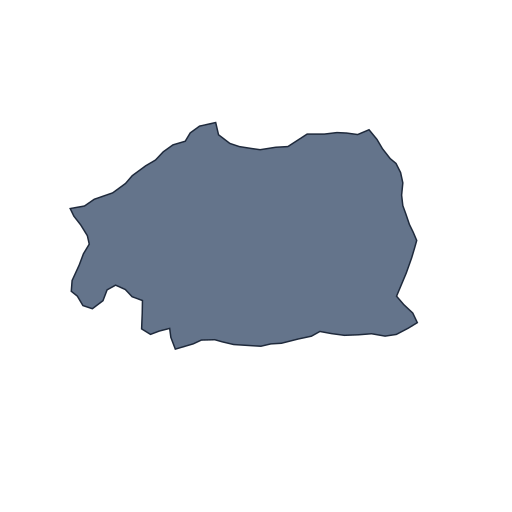 outline of Balbinos, São Paulo, Brazil, rotated 52°
{"feature_id": "56859067B19788452853762", "entity_name": "Balbinos", "entity_type": "district", "adm_level": 2, "iso_a3": "BRA", "parent_name": "Brazil", "parent_adm1": "São Paulo", "projection": "robinson", "projection_center": [-49.333, -21.895], "detail": "fine", "context": "isolated", "style": "filled", "palette": "slate", "viewbox_px": 512, "rotation_deg": 52, "n_neighbors": 0, "source": "geoboundaries", "source_scale": "gbopen_adm2", "svg_char_len": 1243}
<svg xmlns="http://www.w3.org/2000/svg" viewBox="0 0 512 512"><g transform="rotate(52 256 256)"><path d="M362.0,148.2L353.3,134.5L347.4,126.2L342.7,119.8L334.1,117.5L325.6,115.7L315.0,112.0L306.7,109.3L297.7,103.8L288.8,95.3L279.3,90.7L269.3,88.7L261.9,90.3L249.3,90.3L238.6,88.9L226.1,89.2L222.9,101.1L214.9,108.9L208.6,116.2L202.0,127.1L191.4,140.7L189.4,163.5L182.4,173.6L174.8,187.3L168.8,193.1L159.5,201.8L151.2,207.3L137.4,210.9L126.0,205.6L118.9,220.5L118.5,232.0L122.0,241.1L117.3,253.0L116.8,264.9L118.5,276.1L117.0,287.4L116.5,304.0L118.5,314.1L118.0,330.1L111.7,348.5L111.0,360.4L104.2,373.2L112.5,375.0L123.6,375.0L136.2,376.4L144.0,380.1L148.0,390.6L154.3,400.9L162.1,416.0L170.1,423.3L177.6,421.5L188.5,422.9L196.8,417.4L197.0,404.1L191.0,394.2L192.5,384.6L202.0,379.6L211.8,378.7L221.2,372.9L231.2,381.0L243.0,391.0L252.8,387.4L255.6,378.4L259.9,368.6L267.7,373.2L279.7,376.9L286.6,359.5L288.6,350.8L296.6,340.0L302.9,335.4L312.0,328.1L324.2,314.4L330.1,307.7L334.4,298.4L340.4,289.7L347.4,273.8L353.3,261.7L354.8,252.1L363.6,244.3L372.9,235.2L381.2,223.7L388.4,212.8L398.6,203.6L404.2,193.7L406.6,180.5L407.8,169.9L397.5,167.6L385.2,169.5L374.2,170.0L362.0,148.2Z" fill="#64748b" stroke="#1e293b" stroke-width="1.5"/></g></svg>